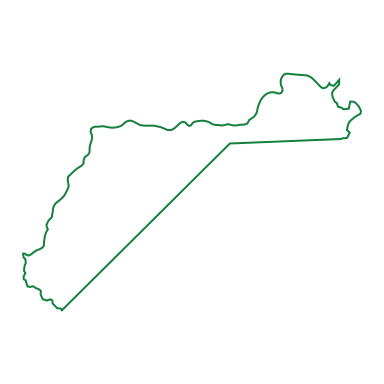 Aragarças, Goiás, Brazil
{"feature_id": "56859067B18880628968559", "entity_name": "Aragarças", "entity_type": "district", "adm_level": 2, "iso_a3": "BRA", "parent_name": "Brazil", "parent_adm1": "Goiás", "projection": "albers", "projection_center": [-52.131, -15.989], "detail": "fine", "context": "isolated", "style": "outline", "palette": "green", "viewbox_px": 384, "rotation_deg": 0, "n_neighbors": 0, "source": "geoboundaries", "source_scale": "gbopen_adm2", "svg_char_len": 2779}
<svg xmlns="http://www.w3.org/2000/svg" viewBox="0 0 384 384"><path d="M270.1,92.4L266.9,93.7L264.8,95.2L262.8,97.2L261.1,99.5L260.1,101.5L259.1,103.9L258.1,106.3L257.6,108.4L257.2,110.6L256.5,113.1L254.9,115.6L253.3,117.3L251.1,118.7L249.2,120.0L248.4,121.8L247.3,123.5L245.4,124.3L243.6,124.7L241.4,124.7L239.1,124.9L237.2,125.3L235.3,125.5L232.6,125.3L230.2,124.6L227.7,124.2L224.8,125.0L222.3,125.5L219.8,125.2L217.9,125.0L216.1,125.0L213.4,124.5L211.1,123.5L209.6,122.4L206.9,121.4L204.0,120.8L201.8,120.7L198.7,121.0L196.3,121.4L194.1,121.9L192.4,123.3L191.2,125.1L189.3,126.0L187.4,124.8L185.1,122.3L182.6,121.8L180.3,122.9L178.6,124.5L177.1,125.8L175.7,127.2L174.2,128.4L172.1,129.7L169.5,130.2L166.9,129.8L164.8,128.8L160.9,127.2L157.7,126.5L155.5,125.9L153.4,125.7L150.8,125.7L147.3,125.7L144.1,125.6L141.3,125.3L139.2,124.7L136.8,123.3L133.7,121.7L131.4,120.8L129.4,120.6L126.5,121.5L124.7,122.7L123.2,124.3L121.4,125.7L119.0,126.6L116.1,127.4L113.2,127.7L110.3,127.6L107.7,127.1L105.4,126.7L102.9,126.2L98.0,126.7L95.3,126.7L93.0,127.4L91.0,128.9L90.6,131.9L91.7,134.6L92.2,137.4L91.2,141.8L90.0,145.4L89.6,147.9L89.6,151.1L89.3,153.0L87.7,155.1L85.1,156.7L83.6,160.0L83.6,163.6L81.3,165.9L78.2,167.8L75.2,170.0L72.2,172.8L70.3,174.8L68.2,176.5L67.7,179.5L68.1,182.5L68.6,185.1L68.5,187.1L67.7,189.1L66.3,191.7L65.0,194.4L63.8,196.1L62.3,197.8L58.8,200.9L56.5,202.6L55.1,203.9L54.2,205.7L53.3,207.5L53.0,209.6L52.7,212.0L52.1,214.7L51.9,216.9L50.6,218.6L48.8,220.2L47.6,222.4L46.5,224.9L46.8,227.1L47.9,229.3L46.3,232.0L44.9,235.7L44.5,238.8L44.0,241.8L44.0,244.0L43.7,246.1L42.3,247.7L39.9,249.1L36.5,250.4L34.8,251.6L33.1,252.7L31.2,254.3L28.9,255.5L26.7,255.1L24.9,253.6L23.0,253.6L23.7,257.5L25.4,259.1L25.8,263.1L24.7,265.3L24.3,267.7L24.0,270.9L25.4,273.1L24.1,275.4L23.5,277.4L23.9,279.4L25.7,280.3L26.1,282.3L26.9,284.4L27.7,286.6L30.0,286.9L33.3,286.3L35.8,288.1L38.5,289.0L40.9,291.0L40.6,294.5L42.7,299.2L44.6,299.8L46.8,300.6L50.1,299.3L52.4,300.4L52.6,303.4L57.1,308.1L60.8,308.6L61.9,310.3L96.8,275.6L103.3,269.2L144.7,228.1L208.7,164.5L229.9,143.5L340.9,139.0L342.6,138.3L347.0,138.0L349.7,132.6L346.9,130.1L347.5,127.0L348.4,123.6L349.9,121.2L354.9,116.9L360.3,113.9L361.0,111.6L360.3,109.3L358.6,106.2L355.4,102.6L352.8,101.6L350.2,101.7L348.7,108.7L343.5,109.3L341.4,107.6L338.0,106.7L336.9,103.2L334.7,101.6L332.6,96.9L332.0,93.2L333.3,90.5L339.1,84.4L339.2,79.8L336.1,83.4L333.5,85.9L330.3,84.9L329.3,83.2L327.6,86.0L326.1,87.4L323.9,88.2L321.6,87.7L319.4,85.6L317.2,83.2L313.5,79.5L311.1,77.4L308.4,75.8L305.5,75.3L299.1,74.8L291.2,74.1L287.7,73.7L285.7,73.8L283.9,74.6L282.7,76.0L281.3,78.4L280.6,81.6L280.9,85.1L282.3,88.0L282.6,90.6L281.1,93.0L278.7,93.6L276.3,93.0L273.7,92.2L270.1,92.4Z" fill="none" stroke="#15803d" stroke-width="2"/></svg>